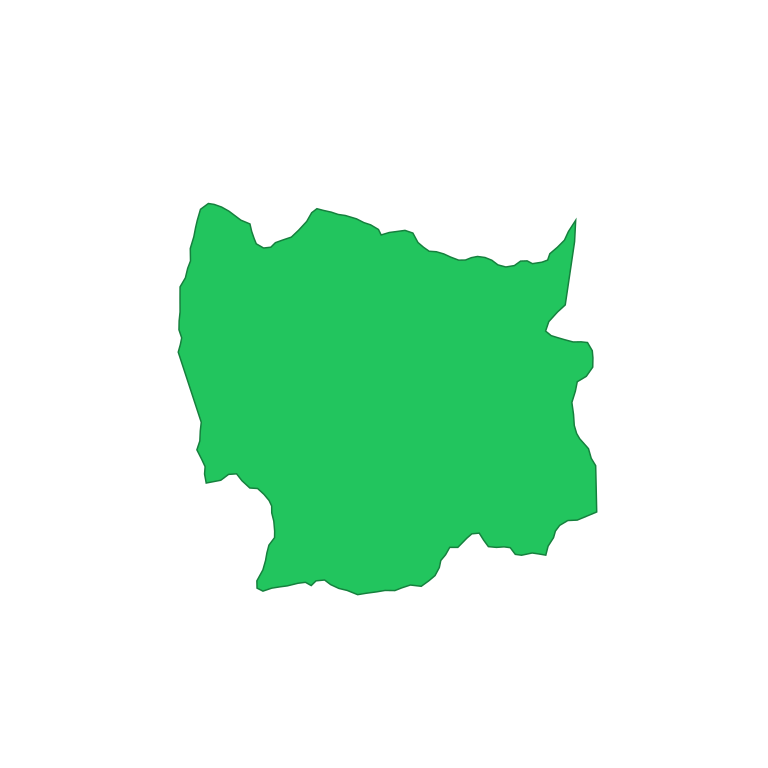 outline of Analândia, São Paulo, Brazil, rotated 212°
{"feature_id": "56859067B54615331892008", "entity_name": "Analândia", "entity_type": "district", "adm_level": 2, "iso_a3": "BRA", "parent_name": "Brazil", "parent_adm1": "São Paulo", "projection": "albers", "projection_center": [-47.68, -22.126], "detail": "fine", "context": "isolated", "style": "filled", "palette": "green", "viewbox_px": 768, "rotation_deg": 212, "n_neighbors": 0, "source": "geoboundaries", "source_scale": "gbopen_adm2", "svg_char_len": 2259}
<svg xmlns="http://www.w3.org/2000/svg" viewBox="0 0 768 768"><g transform="rotate(212 384 384)"><path d="M482.3,205.8L471.4,215.9L467.9,225.0L461.4,229.7L453.2,226.7L442.7,224.7L435.8,228.4L427.3,226.8L419.7,224.3L414.6,221.0L410.9,215.2L404.7,209.2L398.7,201.2L395.4,195.7L396.2,186.4L393.8,178.7L390.9,171.5L388.2,162.2L387.5,149.7L383.5,143.6L376.9,144.2L371.0,151.4L364.8,156.8L359.1,161.5L351.3,169.5L345.5,174.2L338.9,174.5L337.3,181.1L330.5,186.3L323.0,185.6L314.0,186.7L305.9,189.4L294.7,191.4L288.1,197.2L280.0,203.9L273.7,209.5L265.3,214.6L261.0,220.4L255.1,227.5L245.2,232.2L241.7,240.8L239.2,248.6L239.8,257.6L242.3,264.4L241.3,271.9L241.7,280.3L234.8,284.6L232.0,297.3L230.1,303.5L224.2,308.0L216.8,304.4L209.3,301.4L202.1,305.0L195.9,309.5L190.2,312.1L182.4,309.1L176.6,311.7L168.8,319.2L162.9,321.8L156.1,324.6L158.9,333.4L158.8,343.5L160.7,350.1L160.1,357.2L155.8,365.6L148.0,371.0L141.3,380.4L135.8,388.2L161.2,426.9L168.9,430.8L176.3,437.5L182.3,439.3L189.1,441.3L194.4,444.1L200.7,449.7L207.2,458.7L214.9,467.9L217.9,479.3L221.3,488.3L216.5,497.8L215.9,508.9L220.7,516.9L225.0,522.6L233.4,527.0L239.2,524.2L245.8,519.9L254.3,517.3L261.4,515.3L267.9,513.6L275.0,514.5L277.3,524.2L275.0,537.0L272.2,547.1L297.8,605.7L308.2,624.4L308.4,611.1L307.2,601.6L309.4,591.9L312.4,582.4L310.9,575.8L314.6,571.0L321.9,564.7L327.8,564.3L333.3,560.6L336.2,553.5L342.7,547.8L350.5,545.4L358.2,546.1L365.4,544.8L372.3,541.7L376.9,537.4L380.6,532.3L386.3,528.6L395.0,526.9L402.2,526.0L409.7,523.9L416.1,520.5L423.0,520.9L430.2,522.0L439.5,527.3L447.6,525.4L455.3,519.0L459.8,515.3L465.4,508.9L470.6,512.1L479.7,511.9L486.6,510.2L494.8,509.5L506.1,506.4L512.7,503.5L519.8,501.8L527.4,499.1L533.8,497.1L536.1,490.9L535.7,480.9L537.9,469.2L540.4,459.5L546.3,452.3L551.0,446.3L552.5,440.0L558.2,435.5L566.6,435.2L571.3,438.6L577.1,443.3L582.5,448.7L592.2,447.1L607.0,448.4L615.5,448.0L623.2,446.3L628.6,444.0L632.2,434.9L629.1,423.9L626.7,416.9L623.3,408.1L620.1,396.3L613.3,385.8L611.8,378.1L608.7,368.8L608.4,358.3L602.4,348.6L595.1,337.0L591.2,329.0L586.6,321.3L580.0,315.9L577.6,309.5L575.4,302.0L518.7,254.7L515.0,247.0L510.0,238.1L507.8,229.0L498.5,223.4L491.9,219.1L488.5,212.6L482.3,205.8Z" fill="#22c55e" stroke="#15803d" stroke-width="1.5"/></g></svg>